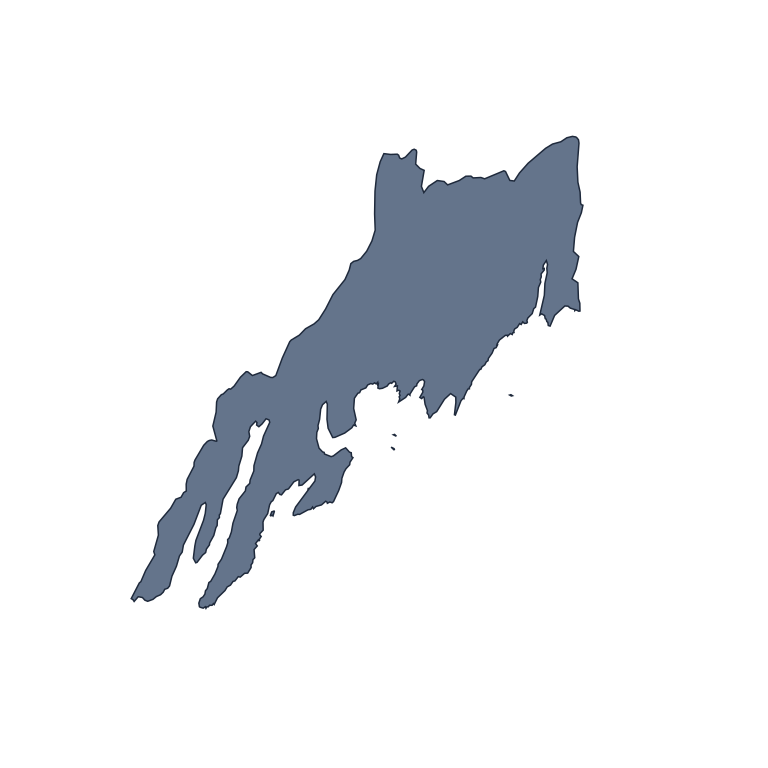 Árneshreppur, Vestfirðir, Iceland, rotated 117°
{"feature_id": "244011B92022671609099", "entity_name": "Árneshreppur", "entity_type": "district", "adm_level": 2, "iso_a3": "ISL", "parent_name": "Iceland", "parent_adm1": "Vestfirðir", "projection": "equal_earth", "projection_center": [-21.632, 66.077], "detail": "fine", "context": "isolated", "style": "filled", "palette": "slate", "viewbox_px": 768, "rotation_deg": 117, "n_neighbors": 0, "source": "geoboundaries", "source_scale": "gbopen_adm2", "svg_char_len": 6166}
<svg xmlns="http://www.w3.org/2000/svg" viewBox="0 0 768 768"><g transform="rotate(117 384 384)"><path d="M80.9,319.6L78.1,321.6L77.1,323.8L76.8,325.2L77.8,328.5L81.6,332.9L87.9,336.4L93.7,342.8L100.6,347.0L121.8,355.8L134.5,359.1L144.0,360.1L145.5,364.3L139.5,372.2L139.6,374.0L155.5,387.5L156.0,391.4L159.9,398.1L159.3,400.9L161.7,405.4L168.5,409.3L177.7,417.7L176.3,422.4L178.5,428.9L187.6,434.0L195.4,435.4L190.9,440.4L175.4,445.2L175.6,449.8L173.7,455.6L162.5,460.2L161.1,461.4L161.1,463.7L162.8,465.2L172.1,467.9L175.4,470.4L175.5,472.7L173.5,474.8L173.2,476.5L176.5,482.4L178.8,488.7L187.7,488.3L200.9,485.5L216.2,479.6L236.7,469.6L250.9,461.7L262.0,459.7L273.5,459.7L282.8,461.7L285.9,463.7L288.5,466.7L291.8,468.2L298.4,466.7L308.7,466.2L327.5,470.1L343.7,470.1L356.4,471.3L362.2,473.6L370.4,479.0L378.9,481.6L386.9,486.6L389.1,487.2L407.0,486.4L425.6,484.2L428.7,486.0L429.6,488.0L430.1,496.8L429.4,498.8L436.2,505.1L435.0,510.9L435.6,512.4L443.1,515.0L453.9,516.6L458.2,518.3L458.6,519.9L460.4,520.9L465.8,522.7L467.4,524.1L472.7,525.5L476.0,525.0L485.3,520.8L499.2,517.4L510.6,507.1L511.2,507.5L512.1,512.1L513.6,514.0L515.4,515.3L520.4,516.8L537.4,517.9L540.0,517.6L543.5,516.0L558.3,516.1L563.0,514.8L569.1,511.6L571.8,513.2L577.0,513.4L581.2,517.2L591.5,517.7L609.0,521.8L612.8,521.3L621.1,516.4L637.8,513.1L640.3,510.6L658.3,511.7L670.5,510.9L672.3,511.7L690.0,511.8L690.1,509.8L691.2,507.9L685.1,506.4L683.9,502.3L685.2,498.9L684.9,495.9L680.8,492.1L676.7,490.3L673.2,487.4L669.7,486.2L666.5,486.2L664.2,484.0L661.3,483.4L651.5,485.7L640.7,486.2L630.0,488.2L625.4,487.5L618.6,489.6L595.3,489.6L575.0,491.8L570.7,489.4L572.3,487.6L580.5,484.5L587.5,482.9L608.7,480.6L614.2,479.0L625.8,474.8L628.8,470.6L627.8,469.6L618.9,468.0L615.1,466.4L611.7,467.3L606.6,466.5L604.8,467.2L596.2,466.9L588.3,468.6L585.9,468.4L580.6,470.8L577.8,470.0L575.4,471.3L573.9,470.9L559.7,475.1L534.5,473.0L527.5,474.3L523.0,476.1L512.8,477.9L505.0,481.1L495.8,479.4L491.6,479.9L487.8,482.8L482.7,483.6L475.4,481.5L476.0,479.7L478.4,478.9L478.9,476.1L474.9,474.5L468.5,473.3L468.2,470.1L470.0,468.4L485.1,467.7L493.1,465.9L502.7,465.4L515.8,462.8L520.6,460.5L530.3,459.7L533.5,458.5L538.4,460.2L542.2,459.0L552.1,461.0L557.8,460.2L561.0,459.1L563.3,457.3L576.6,455.4L585.2,452.8L591.3,452.0L593.6,452.7L596.5,451.1L600.6,450.4L613.8,449.3L620.0,450.0L622.0,449.1L630.0,448.4L638.4,448.8L640.4,449.9L646.5,448.6L649.3,449.2L652.5,448.2L655.8,448.6L658.7,450.2L663.3,449.5L666.2,447.4L666.4,446.5L665.8,443.3L663.6,442.1L664.7,440.8L663.0,440.7L662.3,439.4L660.4,439.0L659.2,436.7L657.1,436.3L657.6,435.2L650.1,435.3L640.2,431.9L636.0,431.6L632.9,429.5L628.5,428.9L627.1,427.4L621.8,426.4L621.3,424.4L616.0,422.3L614.4,419.6L607.9,419.1L605.6,420.3L602.9,419.9L600.0,421.0L597.5,420.3L590.5,424.6L585.8,423.4L584.5,426.0L580.0,425.2L580.4,424.2L579.8,423.9L578.9,424.6L575.6,424.2L574.7,426.3L573.5,426.6L569.1,425.3L562.0,429.1L559.5,429.5L552.3,428.8L543.5,431.1L540.2,431.0L538.3,430.1L530.6,430.2L528.6,429.0L529.7,426.6L529.3,425.0L523.0,423.7L520.9,421.5L512.1,419.9L508.2,417.1L508.2,416.0L513.1,413.7L511.2,411.1L495.7,405.3L497.8,402.8L501.8,401.5L512.1,403.3L510.9,404.3L513.5,403.5L533.7,406.9L539.9,406.4L542.1,405.3L542.0,404.2L539.2,401.7L538.5,400.0L530.6,394.6L528.9,392.3L526.0,391.8L527.2,390.2L524.0,389.0L520.1,384.8L514.9,382.7L515.1,381.1L516.0,380.3L513.7,378.7L513.4,376.3L511.7,375.6L499.5,376.0L491.0,377.1L487.2,378.7L480.6,379.6L476.7,379.4L471.5,377.9L469.1,378.8L463.7,378.2L463.4,379.9L460.1,382.0L460.4,383.8L458.3,389.2L462.1,392.2L471.1,396.5L472.7,398.1L473.4,405.2L472.1,406.3L472.4,407.9L470.6,412.8L463.4,419.3L457.6,421.9L453.5,422.3L451.1,423.9L444.8,425.3L435.2,429.0L430.4,429.4L425.8,427.6L427.6,425.4L441.3,418.8L448.8,413.7L455.0,405.4L453.8,403.5L445.5,396.7L437.6,392.8L434.4,392.5L434.1,390.1L432.2,392.3L428.6,392.5L419.6,399.9L410.1,403.9L404.1,403.1L402.8,401.8L399.8,401.9L395.7,398.4L392.2,398.1L389.6,396.0L389.2,394.0L387.2,392.9L387.5,391.0L385.3,390.4L387.2,389.4L386.5,389.1L390.4,387.6L390.3,385.9L388.5,383.4L384.3,380.2L381.9,379.9L379.8,378.5L379.9,377.5L377.1,376.5L377.0,374.9L378.6,373.2L381.4,373.5L379.6,371.2L384.3,369.3L382.8,368.0L383.0,366.5L385.7,366.0L386.9,364.5L388.5,364.7L390.1,363.2L393.5,362.8L386.1,358.6L382.4,358.0L381.9,357.5L382.2,355.8L381.2,356.3L372.6,355.5L370.8,354.1L368.9,354.7L365.0,354.0L362.6,351.9L362.5,350.5L363.5,348.9L367.7,347.6L371.8,347.9L371.9,346.6L373.7,345.7L379.7,346.0L379.9,343.8L377.6,343.2L377.6,342.3L383.4,338.2L388.0,333.2L390.3,332.5L391.4,330.2L393.7,328.5L393.2,327.5L388.4,326.8L384.7,324.5L370.1,323.2L362.3,320.3L363.1,314.1L367.8,311.6L379.4,307.3L379.3,306.3L363.9,307.8L361.0,307.1L360.8,306.1L359.1,306.8L352.6,307.1L350.2,306.8L349.5,305.7L348.5,306.3L344.7,305.9L342.2,306.9L327.6,305.3L327.0,304.4L324.3,304.5L321.1,302.9L317.9,302.9L316.0,301.9L313.8,302.6L307.4,301.7L302.4,302.1L300.7,300.6L297.8,300.6L298.1,301.1L296.7,301.4L292.4,301.1L285.6,298.0L284.5,296.1L285.2,295.6L281.7,294.3L281.7,292.2L280.0,292.5L279.1,291.5L277.9,292.4L275.7,292.6L273.0,291.0L268.6,290.6L268.7,288.8L265.6,288.6L266.3,286.4L265.0,284.5L263.9,284.3L262.6,285.5L259.9,285.8L254.0,283.9L248.9,284.8L246.7,283.9L236.3,286.7L227.9,290.2L222.0,290.6L220.0,292.2L217.2,292.5L214.6,294.0L209.7,293.0L208.3,293.7L209.2,294.8L205.7,296.0L200.3,295.4L203.3,292.5L206.9,291.5L210.8,289.1L221.3,286.3L232.2,281.4L251.9,276.5L249.9,275.4L250.1,272.0L252.6,270.0L252.6,269.0L254.5,267.2L254.6,266.1L257.3,264.2L257.0,262.3L245.4,263.1L232.4,258.3L231.1,255.4L231.8,252.5L231.1,248.0L232.0,247.3L230.8,247.0L230.7,243.4L230.0,242.5L223.1,246.2L219.9,249.4L205.8,257.2L204.9,264.2L194.6,265.0L182.0,268.3L179.9,275.4L166.7,280.8L152.1,284.9L141.8,285.9L134.4,287.9L134.6,289.7L133.5,291.0L124.0,296.4L116.1,302.9L102.8,310.5L80.9,319.6ZM552.0,423.0L547.4,423.8L547.1,424.3L548.9,426.0L552.7,425.6L552.9,425.1L551.7,423.9L552.0,423.0ZM437.0,349.0L438.1,345.3L437.7,345.0L437.0,345.7L437.0,349.0ZM336.8,267.0L336.9,265.1L336.1,264.2L335.9,266.1L336.8,267.0ZM425.0,352.6L425.0,349.9L424.7,349.8L424.1,351.7L425.0,352.6Z" fill="#64748b" stroke="#1e293b" stroke-width="1.5"/></g></svg>